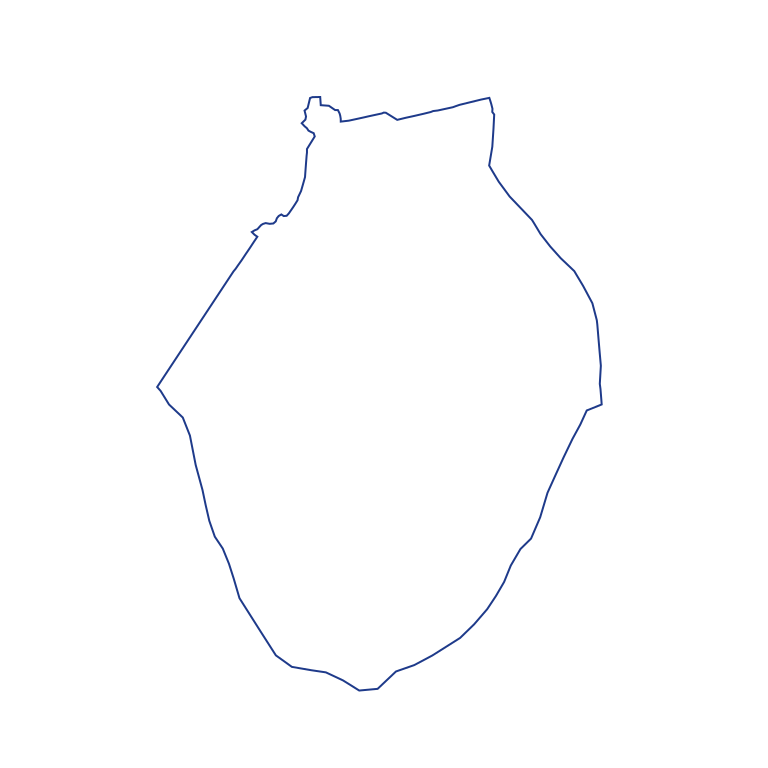 outline of Semienawi Mierab, Maekel, Eritrea, rotated 167°
{"feature_id": "51966322B56082674650687", "entity_name": "Semienawi Mierab", "entity_type": "district", "adm_level": 2, "iso_a3": "ERI", "parent_name": "Eritrea", "parent_adm1": "Maekel", "projection": "albers", "projection_center": [38.931, 15.377], "detail": "fine", "context": "isolated", "style": "outline", "palette": "blue", "viewbox_px": 768, "rotation_deg": 167, "n_neighbors": 0, "source": "geoboundaries", "source_scale": "gbopen_adm2", "svg_char_len": 1988}
<svg xmlns="http://www.w3.org/2000/svg" viewBox="0 0 768 768"><g transform="rotate(167 384 384)"><path d="M217.0,639.1L225.5,639.3L247.6,639.0L251.4,638.6L254.6,638.2L270.1,638.4L274.7,638.9L277.3,638.5L284.3,638.4L286.7,638.4L294.9,638.4L302.6,638.5L311.7,638.4L321.2,647.9L323.2,648.5L325.2,648.1L331.6,648.2L339.2,648.3L343.5,648.3L351.8,648.4L359.1,648.5L367.1,649.4L366.5,652.2L366.3,655.2L366.4,657.6L367.3,661.3L370.0,661.9L375.1,667.5L382.9,669.9L381.6,678.0L389.2,679.6L391.7,679.3L396.3,670.1L399.9,668.3L399.8,662.2L401.1,659.3L405.5,656.6L403.4,653.0L401.6,650.6L400.6,647.9L398.7,646.2L396.1,644.2L395.8,640.8L406.2,630.3L407.0,626.8L408.0,624.0L409.1,620.5L410.3,616.7L411.2,613.8L413.0,608.0L414.4,603.4L417.9,597.0L421.4,590.7L425.7,585.3L426.9,582.5L430.0,579.4L432.8,576.7L438.4,571.6L441.0,569.8L443.9,570.2L445.9,572.3L448.8,571.4L451.1,569.6L452.9,566.8L455.7,565.3L459.4,565.8L463.1,567.4L465.9,567.2L468.0,566.5L472.6,563.3L475.6,562.8L478.6,561.8L476.6,558.6L474.3,556.0L479.1,551.5L484.0,546.8L489.3,541.9L494.9,536.6L499.4,532.6L502.8,529.5L505.3,527.6L596.9,440.5L605.7,432.1L603.2,427.5L598.1,412.4L587.6,396.6L584.7,377.4L585.7,347.5L584.7,321.5L585.0,306.3L585.0,290.0L583.2,273.3L578.1,259.9L575.5,243.7L574.2,228.1L573.0,207.8L559.6,169.7L550.4,143.9L537.4,129.1L519.3,121.5L505.5,116.1L490.6,104.4L477.1,90.9L458.8,88.4L437.0,101.2L417.8,103.3L398.0,108.6L366.9,119.5L350.2,129.6L334.1,141.4L322.6,152.3L311.5,164.1L301.3,178.6L288.2,192.5L275.5,200.3L261.8,219.0L249.1,241.3L237.2,256.9L225.6,272.0L212.7,288.1L201.8,300.4L192.4,312.6L176.5,315.1L175.8,319.6L174.2,330.4L173.7,335.6L168.6,353.0L166.6,367.4L164.9,379.3L162.8,393.8L162.3,398.3L162.8,415.8L167.9,434.7L171.9,447.1L173.2,451.2L183.5,466.8L191.1,480.6L197.7,494.8L201.7,507.1L202.9,510.6L219.4,538.4L226.7,555.3L230.7,567.7L232.4,573.2L225.1,590.8L219.9,608.1L216.0,621.8L217.3,624.7L216.4,627.8L216.5,632.5L216.7,635.7L217.0,639.1Z" fill="none" stroke="#1e3a8a" stroke-width="2"/></g></svg>